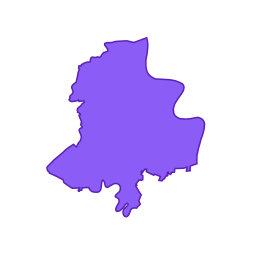 Kien Thuy, Hải Phòng, Vietnam, rotated 217°
{"feature_id": "81297802B29420287983322", "entity_name": "Kien Thuy", "entity_type": "district", "adm_level": 2, "iso_a3": "VNM", "parent_name": "Vietnam", "parent_adm1": "Hải Phòng", "projection": "equal_earth", "projection_center": [106.673, 20.734], "detail": "fine", "context": "isolated", "style": "filled", "palette": "violet", "viewbox_px": 256, "rotation_deg": 217, "n_neighbors": 0, "source": "geoboundaries", "source_scale": "gbopen_adm2", "svg_char_len": 5647}
<svg xmlns="http://www.w3.org/2000/svg" viewBox="0 0 256 256"><g transform="rotate(217 128 128)"><path d="M51.4,141.0L52.7,142.4L53.9,144.0L55.0,145.6L55.3,146.0L55.7,146.6L56.4,147.6L57.6,150.2L58.3,151.6L59.5,154.2L60.0,155.5L61.1,158.4L61.7,159.9L62.9,162.8L63.3,164.1L64.2,167.0L64.7,168.3L65.8,171.1L66.5,172.6L67.5,174.6L67.9,175.0L68.9,176.8L70.3,178.2L71.4,178.9L72.6,179.4L73.9,179.6L75.4,179.5L76.6,179.3L78.3,178.7L79.6,177.6L81.5,175.5L83.1,173.7L84.3,172.5L85.8,171.2L86.9,170.1L88.1,169.3L90.8,167.6L91.7,166.9L92.9,166.5L93.5,166.3L95.5,166.1L97.7,166.2L99.2,166.6L100.7,167.7L102.9,170.1L103.7,171.4L104.6,173.4L105.2,175.8L105.6,179.0L105.9,187.2L106.2,190.7L107.0,192.9L107.9,194.4L109.2,195.4L110.6,195.9L111.1,196.0L112.4,195.8L114.0,195.5L116.3,194.9L118.6,194.2L120.4,193.4L124.3,191.3L127.7,189.0L135.8,183.6L137.5,183.2L141.1,182.9L144.1,183.3L146.6,184.4L148.6,185.9L151.1,188.4L152.8,190.6L154.7,193.2L158.2,200.1L161.0,204.7L163.4,207.7L165.0,209.3L167.4,211.3L174.8,199.8L180.9,197.2L182.2,196.3L184.3,194.5L187.7,191.7L190.1,189.5L192.5,186.4L194.4,184.9L196.4,183.3L196.9,182.1L197.1,181.8L197.5,181.5L196.6,180.2L194.1,179.5L191.9,178.7L191.0,178.1L190.7,177.8L190.6,177.5L190.6,177.1L190.7,176.9L190.8,176.6L191.4,175.7L192.1,174.4L192.2,174.2L192.6,174.0L192.8,173.8L192.9,173.5L193.0,171.7L193.0,170.9L193.0,170.4L192.7,168.7L192.8,167.9L193.0,167.6L194.9,166.5L195.3,166.3L196.5,164.7L196.8,164.4L197.3,164.2L199.1,163.2L199.4,162.9L199.6,162.5L199.7,161.6L199.7,161.2L199.6,160.9L199.5,160.6L198.3,158.5L198.0,158.1L198.0,157.8L198.1,157.7L198.4,157.6L199.9,156.4L200.6,155.7L201.9,153.7L202.5,152.4L203.2,150.9L203.3,150.6L203.3,150.4L202.9,149.4L203.0,149.2L204.6,148.1L203.8,146.9L203.7,146.6L203.6,146.2L203.4,145.9L203.1,145.7L202.3,145.5L202.1,145.4L201.9,145.1L201.7,143.9L201.6,143.3L199.3,138.5L197.4,134.3L197.0,133.3L197.6,131.4L197.8,130.4L197.9,129.8L198.0,129.3L198.0,128.8L198.0,128.0L197.8,127.2L197.6,126.8L197.2,126.4L196.4,125.7L194.2,124.4L193.7,123.7L193.4,123.4L193.3,123.0L193.2,122.6L193.1,121.9L193.2,121.3L193.5,119.1L193.5,118.6L193.4,118.2L193.2,117.9L192.3,116.8L192.3,116.2L192.3,115.4L191.4,114.8L191.0,114.8L190.4,114.8L189.9,114.9L189.4,115.0L189.0,115.2L188.6,115.4L188.2,115.8L187.9,116.1L187.7,116.3L187.5,116.5L187.1,116.9L186.4,117.6L185.8,118.2L185.2,118.9L185.0,119.3L184.4,120.6L183.1,119.7L179.6,123.1L178.4,122.3L179.0,120.1L179.2,119.6L179.2,119.2L179.1,118.6L179.1,117.8L179.2,117.1L179.9,114.2L179.9,113.4L179.8,112.7L179.3,111.7L179.0,111.3L178.3,111.1L178.0,110.9L177.8,110.5L177.7,110.2L176.6,110.4L176.1,110.6L175.2,110.4L174.8,110.5L174.3,110.2L174.0,110.0L174.8,108.6L171.9,106.8L168.8,105.0L168.7,104.2L168.0,103.9L168.0,103.1L168.0,102.4L167.8,102.1L167.6,102.0L167.1,102.1L166.7,102.0L165.5,101.3L165.2,101.1L164.9,100.7L165.5,99.8L165.7,99.5L165.9,98.7L166.0,98.1L165.9,97.4L165.6,96.7L165.1,96.2L161.3,94.0L159.8,92.7L159.5,92.2L158.8,90.3L158.6,89.7L158.4,89.0L158.5,87.7L158.6,86.1L158.3,84.5L157.8,82.1L158.1,81.9L158.4,81.8L159.1,81.7L159.9,81.9L161.5,82.3L161.7,82.2L162.0,81.4L162.8,79.0L163.1,78.3L163.6,77.0L164.3,74.6L165.0,71.6L164.9,71.5L164.9,71.3L165.2,69.7L165.5,68.1L165.9,66.3L167.8,58.3L168.0,57.1L168.0,56.6L169.0,49.3L169.0,47.7L166.9,45.7L166.5,45.5L164.9,45.4L164.5,45.3L164.3,45.2L163.9,44.8L163.7,44.7L159.2,45.7L154.3,46.7L152.8,46.9L151.4,47.1L149.8,47.4L148.9,47.6L148.6,47.5L146.9,46.2L146.5,46.0L146.2,45.9L145.8,45.8L143.7,45.9L142.6,45.9L140.1,46.1L138.3,46.1L136.2,46.4L135.9,46.6L130.6,51.0L130.3,48.7L130.2,48.2L129.7,47.8L129.2,47.9L128.8,48.2L129.0,48.8L128.8,49.0L128.5,49.4L128.3,49.7L128.4,50.1L128.2,50.2L127.6,50.4L128.5,52.7L123.5,56.9L123.0,56.5L122.3,56.1L121.1,55.7L120.0,55.6L118.8,55.6L118.1,55.7L116.9,56.2L116.1,56.7L115.0,57.4L113.5,58.6L112.7,59.8L112.6,60.7L112.6,61.6L112.9,62.8L114.1,65.2L116.3,68.8L116.7,70.0L116.8,70.8L116.6,71.3L116.3,71.4L115.6,71.2L114.2,70.5L111.3,68.1L110.1,67.7L109.7,67.7L109.2,67.9L108.8,68.1L108.4,68.7L108.1,69.4L106.0,74.5L104.9,75.9L103.7,76.8L102.0,77.3L101.0,77.3L99.9,76.9L98.7,76.3L97.7,75.2L97.0,73.9L96.7,72.7L96.6,71.7L96.9,70.1L97.4,67.5L97.4,66.8L97.3,66.2L97.0,65.7L96.5,65.5L95.3,65.6L93.4,65.8L92.5,65.5L91.6,64.9L90.9,64.0L90.5,63.0L89.7,57.9L89.2,56.3L88.5,55.4L88.1,55.0L87.5,54.7L86.8,54.7L86.4,54.9L85.7,55.6L85.2,56.4L84.6,57.6L84.3,58.8L84.1,60.0L83.9,61.3L84.0,64.3L84.0,65.4L83.7,66.5L83.3,67.3L82.9,67.5L82.4,67.5L82.0,67.2L81.8,66.8L81.7,66.3L81.7,65.7L82.3,61.9L82.4,60.9L82.3,60.1L82.0,59.1L81.7,58.3L81.2,57.6L80.6,56.9L79.6,56.1L78.6,55.7L77.9,55.5L77.1,55.6L76.4,55.9L75.9,56.2L75.6,56.7L75.3,57.5L75.2,58.2L75.2,59.3L75.3,60.0L75.7,61.3L76.4,63.4L76.5,63.8L76.6,64.4L76.5,65.2L76.4,65.7L76.3,66.2L76.0,66.7L75.6,67.2L75.0,67.8L74.5,68.2L72.9,69.2L73.0,70.1L73.0,70.3L72.9,71.1L72.3,74.6L75.6,76.4L75.9,77.7L76.6,80.1L77.2,82.6L77.8,82.7L81.1,83.9L82.5,84.5L87.0,86.4L87.0,86.9L86.9,87.1L86.7,87.2L86.5,87.4L86.4,87.6L86.5,87.7L87.8,87.8L88.0,93.2L87.3,93.3L86.9,93.9L86.7,94.0L86.1,94.0L85.9,94.1L85.1,95.6L86.1,97.1L87.5,98.8L89.7,98.9L89.6,100.7L91.0,100.6L91.0,102.1L89.7,102.1L89.8,105.1L88.3,106.3L87.2,104.2L84.3,104.7L79.1,105.8L79.1,106.2L78.9,106.3L79.0,107.1L73.0,108.8L71.8,104.7L69.0,106.3L69.0,108.8L68.7,109.1L68.3,109.3L68.8,112.5L68.0,113.2L67.8,113.3L67.8,113.9L67.8,114.3L68.3,114.1L69.0,115.1L69.7,115.9L69.7,116.4L69.4,117.0L68.1,116.2L67.7,116.1L66.1,116.6L66.4,117.6L66.0,117.8L66.4,119.0L64.4,120.6L64.6,121.2L65.1,122.1L65.3,122.3L65.6,122.6L65.8,122.9L65.9,123.4L65.9,124.0L59.4,129.3L57.3,132.2L55.4,128.7L52.6,131.3L55.2,134.6L55.4,135.1L51.4,141.0Z" fill="#8b5cf6" stroke="#5b21b6" stroke-width="1.5"/></g></svg>